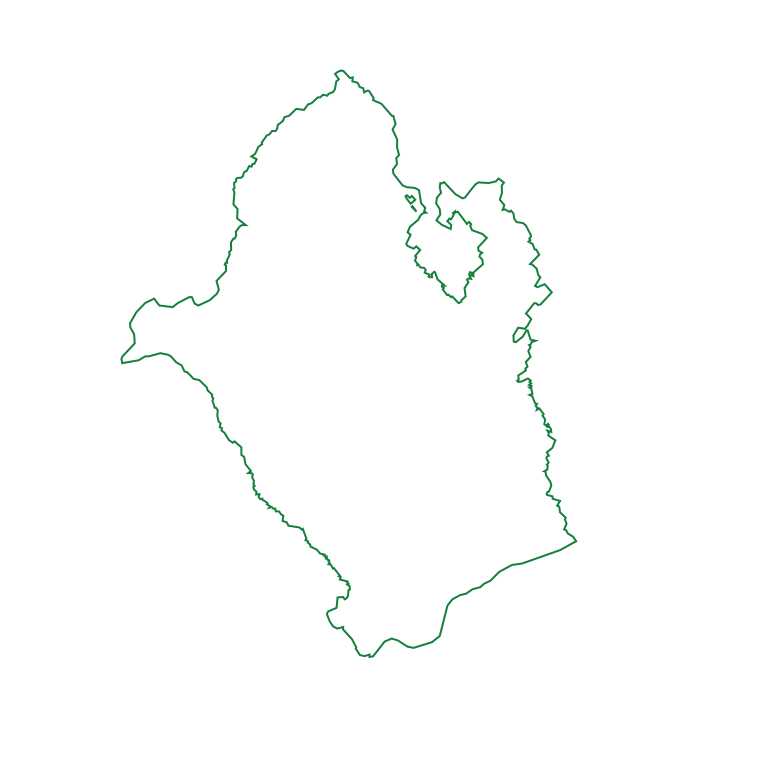 outline of Madiun, Jawa Timur, Indonesia, rotated 123°
{"feature_id": "22746128B56340035124164", "entity_name": "Madiun", "entity_type": "district", "adm_level": 2, "iso_a3": "IDN", "parent_name": "Indonesia", "parent_adm1": "Jawa Timur", "projection": "mercator", "projection_center": [111.63, -7.612], "detail": "fine", "context": "isolated", "style": "outline", "palette": "green", "viewbox_px": 768, "rotation_deg": 123, "n_neighbors": 0, "source": "geoboundaries", "source_scale": "gbopen_adm2", "svg_char_len": 6168}
<svg xmlns="http://www.w3.org/2000/svg" viewBox="0 0 768 768"><g transform="rotate(123 384 384)"><path d="M411.2,137.2L409.1,142.2L409.2,148.5L407.3,151.8L407.9,153.7L401.7,154.8L399.1,158.4L397.2,158.7L395.7,166.5L391.4,170.3L391.8,172.5L386.2,172.7L388.4,180.0L386.5,181.4L388.2,186.9L387.5,187.8L385.5,188.1L384.5,187.0L378.0,188.4L375.4,191.3L372.5,198.1L369.6,200.7L370.0,202.1L366.7,200.5L363.2,202.3L363.0,203.4L360.1,203.2L358.0,207.3L356.1,207.8L354.4,206.7L352.6,210.2L345.9,208.0L337.9,209.6L337.8,218.1L335.4,219.1L334.1,221.6L333.1,217.6L330.8,219.6L329.9,221.9L330.8,223.4L328.4,223.6L328.1,224.7L330.6,225.3L330.5,227.6L325.9,229.6L324.2,233.9L322.4,233.6L319.9,240.3L322.5,241.8L320.3,242.3L319.9,244.7L317.4,244.9L318.1,246.4L313.5,253.0L313.9,256.0L311.4,254.2L308.0,257.6L307.7,260.2L306.3,258.7L305.3,259.2L305.8,261.8L303.3,260.9L303.1,263.0L301.3,262.7L301.0,266.3L306.8,269.8L309.2,272.5L308.8,274.1L307.0,273.4L303.7,276.0L295.4,272.4L294.2,273.8L291.3,273.1L288.3,277.1L281.5,275.8L277.8,280.9L273.1,281.3L272.3,283.5L271.2,282.5L268.5,283.0L265.2,280.5L267.0,285.3L260.8,292.7L261.6,293.8L268.6,293.4L277.1,296.2L277.8,298.2L272.8,301.9L263.7,302.1L260.9,295.8L256.5,295.4L249.3,295.9L247.5,303.3L234.3,302.0L233.4,300.4L233.9,297.9L232.0,296.0L215.7,293.2L212.8,303.6L219.2,308.0L219.5,310.7L209.4,311.0L208.7,313.7L204.1,318.9L203.1,324.5L203.8,326.8L191.1,324.2L188.4,329.4L189.1,330.9L185.7,335.5L185.9,340.4L183.5,339.6L183.0,341.3L180.3,341.0L179.1,342.0L173.8,351.4L173.3,355.0L176.0,361.0L174.4,364.9L170.5,368.3L169.4,372.0L171.3,372.5L171.7,377.8L173.3,379.3L168.4,380.5L166.4,387.2L159.3,389.2L153.4,393.4L149.7,393.1L149.3,399.9L153.2,400.5L158.4,405.6L163.5,414.6L167.0,416.1L183.6,417.7L185.6,419.3L185.9,427.5L182.0,443.6L184.3,444.6L184.8,446.2L188.8,444.3L192.6,440.3L198.7,441.1L204.1,438.7L206.9,432.6L211.2,429.1L218.2,429.2L219.0,422.2L217.7,412.5L214.0,414.2L213.0,419.5L209.6,419.3L209.5,417.6L208.0,417.4L203.8,417.8L203.1,419.3L200.5,418.4L201.7,417.7L199.3,415.9L204.6,401.6L201.7,400.9L202.5,397.9L204.4,397.9L207.0,393.9L204.6,383.3L205.4,377.3L218.3,379.5L220.8,377.1L220.5,373.2L223.2,374.0L225.3,373.2L226.1,369.3L229.7,366.3L241.8,369.7L244.9,367.7L245.3,369.9L242.7,370.7L243.5,372.9L246.1,372.1L248.4,368.3L249.5,370.6L251.3,371.2L252.8,368.6L259.7,368.7L266.1,363.2L271.6,364.7L272.9,363.9L275.6,365.5L273.4,374.4L274.6,375.0L274.0,378.6L275.0,379.5L272.7,386.3L270.9,386.1L270.8,388.5L269.9,389.1L268.4,386.7L267.1,396.1L262.5,402.0L262.5,403.0L265.8,403.8L268.2,401.8L269.7,404.0L269.7,405.1L267.5,405.3L268.5,410.5L265.6,411.1L264.8,413.3L266.4,417.2L265.1,420.0L266.2,420.8L264.9,421.5L263.7,425.2L260.0,426.0L259.7,427.6L251.9,426.6L251.0,431.9L254.3,432.8L255.4,439.5L254.5,441.6L244.4,443.0L243.9,446.8L238.0,447.9L227.9,444.8L222.4,445.2L219.0,444.0L217.4,442.0L217.2,444.4L213.8,445.4L212.1,451.4L202.4,460.2L202.8,465.0L206.5,472.0L207.3,476.7L202.4,490.8L199.3,493.3L192.4,492.9L187.9,496.7L183.8,496.1L178.2,502.2L171.9,505.9L165.9,515.4L159.6,515.9L154.1,522.2L154.8,523.6L150.4,538.7L151.9,547.8L149.9,548.3L146.4,556.1L146.9,557.7L150.3,559.5L147.3,562.4L148.1,566.1L145.7,570.2L147.4,575.4L143.9,577.1L145.9,579.2L143.6,588.7L144.5,590.7L147.7,592.9L150.6,593.9L153.1,587.8L156.3,588.8L163.5,585.7L166.9,585.7L170.8,588.5L173.1,588.6L174.6,592.7L178.3,593.6L179.7,595.6L188.0,597.7L190.9,600.0L197.8,600.4L201.0,607.4L210.6,609.6L214.5,612.9L218.7,612.0L224.6,614.2L228.0,612.6L231.1,612.8L232.8,615.7L236.8,616.0L239.5,617.7L248.2,618.0L249.2,616.8L253.4,618.5L261.4,617.4L265.4,619.2L264.9,613.2L269.8,612.6L271.1,614.1L273.9,613.5L274.6,615.8L280.1,615.2L282.3,616.7L286.9,615.6L288.8,616.2L291.1,619.3L293.1,619.6L294.5,618.4L297.2,619.2L301.0,616.1L302.8,616.5L304.9,613.7L315.4,608.1L317.0,602.1L325.1,597.4L326.0,586.4L328.2,589.8L330.6,590.8L337.1,591.2L339.8,588.9L343.4,588.4L344.1,589.5L348.6,589.5L354.8,585.2L357.9,585.7L359.5,583.8L365.9,583.1L367.8,581.6L368.6,582.9L370.7,582.5L370.6,581.1L375.3,578.0L388.8,580.6L394.9,573.8L399.3,573.3L408.6,575.8L419.3,582.4L419.7,586.7L415.8,592.4L417.0,594.5L428.4,601.0L434.6,603.1L440.5,615.1L437.6,623.3L446.2,628.4L458.7,630.8L471.2,630.1L474.6,627.7L478.3,620.7L485.7,615.2L503.6,618.4L505.9,617.9L509.1,614.9L497.7,602.7L490.8,599.3L489.1,596.5L480.0,588.4L477.2,581.4L476.8,578.2L479.0,569.8L478.6,563.9L482.1,558.2L481.3,555.2L483.4,546.4L481.3,541.1L483.4,530.7L485.4,528.5L486.6,522.2L488.5,521.2L488.9,519.4L491.4,518.8L496.1,513.0L495.4,512.1L496.5,509.2L501.6,506.4L505.7,502.0L506.0,499.6L509.7,498.2L509.3,495.9L511.5,495.0L511.8,491.2L515.5,483.5L515.6,478.8L513.5,478.0L514.9,469.1L521.2,464.9L521.3,461.6L526.7,456.5L529.4,448.3L532.6,449.3L530.9,446.5L531.2,444.8L534.2,443.7L536.0,440.4L539.1,438.9L539.9,437.0L541.3,437.7L543.3,435.6L543.9,432.1L546.3,431.1L544.2,428.5L547.3,427.4L547.9,425.2L546.4,423.6L547.3,423.0L547.1,418.1L547.7,416.4L548.7,416.6L548.6,412.8L550.3,412.9L548.3,411.2L548.9,409.0L547.7,407.4L549.7,405.4L548.0,402.4L549.4,399.7L549.3,396.7L554.1,394.5L553.0,390.3L554.9,386.9L550.4,376.9L550.8,373.6L549.7,373.2L555.9,364.9L557.7,364.8L557.3,361.9L558.6,361.4L558.8,358.5L560.4,357.2L559.5,350.1L561.0,345.3L559.5,340.9L560.7,340.9L560.3,339.4L561.6,338.2L560.1,337.9L562.0,336.1L561.8,333.9L563.0,333.9L563.4,332.4L565.4,332.4L564.4,330.4L566.6,326.3L565.7,325.8L568.8,316.6L569.8,317.1L569.6,315.1L572.0,314.5L569.5,307.1L570.7,306.8L570.7,305.3L572.3,305.7L572.0,303.0L575.0,300.7L576.4,301.4L581.3,298.8L584.1,298.7L586.0,299.7L584.9,302.3L588.3,306.7L597.6,301.9L605.0,306.9L608.0,306.7L612.9,299.8L615.0,294.6L614.6,290.0L610.0,285.9L612.1,284.8L615.4,272.0L619.9,263.9L621.4,263.5L624.4,256.6L622.8,252.1L618.9,248.8L620.8,247.5L618.3,244.8L599.7,243.2L593.3,238.9L591.5,232.6L591.5,221.3L589.2,215.5L574.3,203.1L565.0,200.0L535.2,210.1L527.4,209.4L519.4,205.1L515.3,201.0L507.8,197.9L502.0,192.6L497.0,191.3L491.1,187.6L478.9,185.1L466.2,178.2L459.1,170.2L427.3,145.8L411.2,137.2ZM218.3,459.9L216.0,466.3L214.8,468.2L213.3,467.8L213.7,463.6L211.1,463.0L212.5,458.1L218.3,459.9ZM221.8,450.6L220.3,457.3L219.3,457.0L221.8,450.6Z" fill="none" stroke="#15803d" stroke-width="2"/></g></svg>